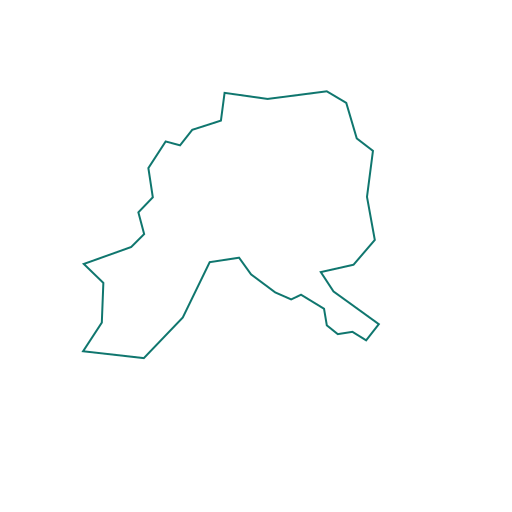 Pogradec, Korçë, Albania, rotated 125°
{"feature_id": "67620474B77805918454880", "entity_name": "Pogradec", "entity_type": "district", "adm_level": 2, "iso_a3": "ALB", "parent_name": "Albania", "parent_adm1": "Korçë", "projection": "natural_earth1", "projection_center": [20.619, 40.937], "detail": "fine", "context": "isolated", "style": "outline", "palette": "teal", "viewbox_px": 512, "rotation_deg": 125, "n_neighbors": 0, "source": "geoboundaries", "source_scale": "gbopen_adm2", "svg_char_len": 631}
<svg xmlns="http://www.w3.org/2000/svg" viewBox="0 0 512 512"><g transform="rotate(125 256 256)"><path d="M78.8,269.9L80.5,292.5L120.7,336.6L140.4,375.3L165.2,362.4L189.2,380.6L208.9,381.7L214.0,395.7L245.7,394.6L267.1,374.2L287.7,377.4L302.2,360.2L320.2,363.4L361.3,392.5L365.6,365.6L399.0,344.1L433.2,343.0L404.0,289.3L348.4,280.7L287.6,290.4L267.1,268.9L273.9,249.5L274.8,219.4L271.4,202.3L261.9,196.9L260.2,170.0L272.2,158.2L273.1,144.2L262.8,133.5L261.9,117.4L241.4,116.3L240.6,172.2L232.0,193.7L207.2,171.1L174.7,167.9L143.9,199.0L102.8,220.5L101.9,240.9L78.8,269.9Z" fill="none" stroke="#0f766e" stroke-width="2"/></g></svg>